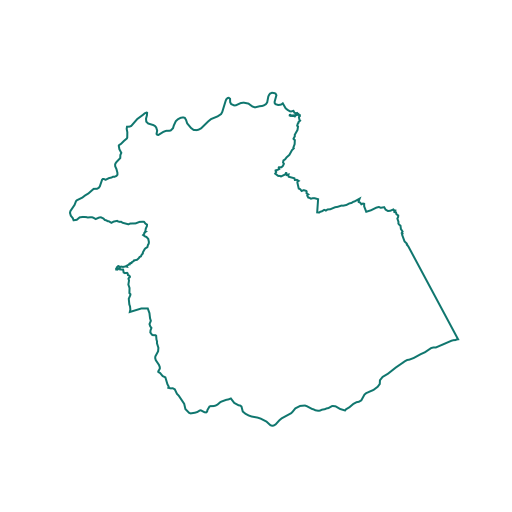 outline of Trujillo, Valle del Cauca, Colombia, rotated 242°
{"feature_id": "7082276B51151260265899", "entity_name": "Trujillo", "entity_type": "district", "adm_level": 2, "iso_a3": "COL", "parent_name": "Colombia", "parent_adm1": "Valle del Cauca", "projection": "equal_earth", "projection_center": [-76.307, 4.233], "detail": "fine", "context": "isolated", "style": "outline", "palette": "teal", "viewbox_px": 512, "rotation_deg": 242, "n_neighbors": 0, "source": "geoboundaries", "source_scale": "gbopen_adm2", "svg_char_len": 6118}
<svg xmlns="http://www.w3.org/2000/svg" viewBox="0 0 512 512"><g transform="rotate(242 256 256)"><path d="M399.0,293.8L397.7,291.8L397.3,287.7L398.0,280.6L397.3,277.1L394.5,267.5L394.5,264.6L395.0,262.7L396.6,260.1L399.6,258.7L405.4,257.5L408.9,258.1L411.4,258.0L412.6,256.7L413.4,254.3L413.4,251.2L412.7,248.5L409.9,244.8L407.8,242.7L406.9,239.8L407.1,238.6L408.6,235.7L408.9,234.2L409.1,232.4L408.7,226.6L409.4,225.7L410.5,225.5L413.1,227.6L416.3,228.2L418.0,227.9L419.7,226.9L423.6,223.0L426.1,222.2L428.8,223.3L431.4,225.7L433.6,227.1L434.0,226.8L434.2,224.7L433.7,222.5L432.7,215.5L429.4,206.9L429.6,205.1L430.7,202.8L429.0,201.5L425.7,200.5L421.0,197.9L420.4,197.1L419.6,193.4L418.4,189.5L418.2,187.2L417.8,186.6L414.4,185.5L410.3,185.5L408.9,183.7L406.2,182.1L404.5,177.0L403.7,175.4L403.0,174.6L401.3,173.8L398.3,173.6L394.5,172.7L392.8,171.8L392.2,170.3L392.3,169.3L392.4,168.1L393.1,167.1L393.1,165.3L393.8,162.8L393.9,159.0L395.4,157.8L395.9,156.9L395.6,155.9L390.8,150.8L390.0,149.1L390.0,147.1L391.5,144.2L389.9,137.4L389.7,133.5L389.1,130.1L389.3,123.9L388.9,122.8L386.3,119.8L382.8,113.2L381.4,112.0L378.5,111.4L375.4,112.0L373.2,111.7L372.1,114.7L372.9,118.4L371.8,121.4L370.1,124.3L369.0,125.5L368.0,127.9L367.1,129.5L366.1,130.4L363.9,131.8L363.6,135.6L363.0,137.2L360.7,138.9L358.8,139.4L357.5,140.8L356.5,141.2L355.8,142.3L353.2,143.9L353.2,146.5L352.2,149.9L351.4,150.3L350.1,151.7L349.6,152.9L348.0,153.8L343.9,158.2L343.7,160.2L341.3,165.0L340.8,169.2L339.2,172.5L338.7,173.2L336.4,173.6L334.9,174.5L333.6,173.7L331.9,171.5L329.8,169.9L329.3,169.1L329.1,169.5L328.8,168.2L328.0,167.7L327.5,166.2L325.1,167.4L324.3,168.2L321.7,168.9L318.6,168.0L317.2,167.0L316.6,165.9L314.8,164.2L314.7,162.0L314.3,160.9L312.3,157.8L311.3,157.2L310.9,155.8L309.7,154.2L309.8,152.8L309.1,151.5L308.5,149.1L309.4,146.2L308.9,145.6L308.8,143.4L308.2,142.7L308.7,141.8L308.0,140.7L308.5,140.4L308.1,139.6L308.1,137.2L307.1,137.1L308.0,136.0L308.8,133.4L310.0,131.9L310.0,131.0L310.8,130.1L311.6,130.0L311.8,129.6L311.3,127.8L310.6,127.5L310.5,126.6L309.7,126.2L309.0,127.3L309.3,128.7L308.8,129.9L307.9,129.7L306.4,132.3L303.6,131.4L302.5,132.1L301.6,134.3L300.9,134.5L299.3,134.0L298.1,134.9L297.0,135.0L296.5,134.6L296.3,133.4L295.8,132.7L294.0,132.4L290.7,129.9L287.1,129.3L282.7,126.8L281.2,127.2L280.3,126.5L278.0,123.6L272.7,121.4L270.6,121.1L267.7,119.9L265.8,118.3L263.5,130.1L260.5,135.8L255.6,135.1L250.7,133.2L248.1,132.7L245.9,130.0L243.5,129.6L241.6,129.9L239.9,128.0L238.1,126.8L235.3,127.2L234.6,127.7L233.2,130.1L232.5,130.4L229.0,128.9L227.0,128.5L225.5,127.6L220.7,126.7L217.8,124.8L214.6,120.0L213.3,119.1L211.1,118.6L205.4,119.2L203.1,118.9L201.7,118.2L200.0,115.5L199.4,115.3L197.7,116.4L193.8,117.2L191.4,119.0L184.4,117.6L181.7,117.6L180.8,116.7L179.2,118.5L178.3,120.4L176.4,121.7L171.4,121.5L169.0,122.2L159.2,123.2L154.0,121.8L148.9,123.3L147.7,124.4L146.3,128.5L145.8,131.0L146.0,133.7L145.7,134.8L142.2,137.2L141.3,138.5L141.6,139.8L142.8,140.8L144.9,144.2L144.8,145.3L143.4,148.1L142.9,150.1L142.9,152.3L143.7,155.8L143.7,157.0L143.0,162.1L142.3,164.4L142.0,166.9L136.5,167.8L132.4,170.5L131.3,171.9L129.9,172.5L124.9,171.3L121.7,172.6L118.7,174.6L116.4,176.7L112.6,181.5L110.2,183.8L104.9,187.5L99.8,189.3L98.5,190.6L98.0,192.0L98.1,194.3L100.0,199.6L100.6,202.5L100.7,213.3L101.3,215.2L103.0,219.2L102.9,224.6L101.0,229.0L99.5,230.4L94.6,233.7L93.6,234.8L91.9,236.0L90.2,238.2L89.5,239.7L89.3,242.2L88.4,244.9L88.3,246.7L87.7,248.6L87.8,252.5L87.5,253.4L85.9,255.7L81.5,258.4L77.8,262.1L78.4,263.5L78.6,267.5L79.7,272.5L79.7,276.2L79.0,278.3L79.1,281.2L82.7,286.7L83.2,289.0L82.6,297.0L83.4,302.0L84.9,305.2L88.1,307.1L89.8,311.0L90.1,317.2L91.9,327.1L93.2,338.3L93.2,340.7L92.5,342.7L91.9,347.4L92.0,355.3L91.7,360.0L92.5,367.5L91.9,369.8L90.8,371.8L89.4,389.0L88.9,391.0L88.1,392.7L88.1,393.9L87.6,395.3L193.1,395.0L195.1,394.5L195.3,394.9L196.4,394.9L199.1,394.0L206.3,395.0L207.0,395.9L207.9,395.5L208.8,396.9L211.8,396.6L214.9,397.8L216.9,397.0L217.9,397.0L219.2,397.8L222.7,398.4L223.7,399.8L225.0,400.6L227.0,399.6L228.8,400.1L229.8,398.8L230.4,399.0L230.9,400.2L231.9,399.1L232.6,399.1L232.9,395.8L233.8,393.6L236.1,392.2L238.9,392.1L240.0,388.8L241.6,387.5L242.2,385.0L242.4,378.9L243.3,374.1L249.0,374.8L251.3,376.0L252.1,375.1L252.2,373.3L254.1,373.1L255.5,372.0L256.1,372.2L258.0,374.4L257.9,368.7L258.2,367.3L258.0,365.3L258.6,363.1L258.6,359.8L259.5,356.6L260.4,355.1L261.1,351.1L261.9,348.8L262.4,343.5L263.5,341.0L263.3,339.0L264.4,338.3L264.7,337.8L264.5,335.3L264.9,333.5L264.7,332.2L265.8,330.5L277.0,337.5L279.5,334.9L280.4,333.2L280.8,331.4L282.3,330.5L283.0,329.6L285.3,329.6L285.9,330.2L285.9,331.0L287.7,330.1L289.2,331.0L289.8,331.0L291.7,329.1L292.0,326.8L294.2,326.4L295.5,325.4L301.4,327.0L302.2,327.6L302.3,328.9L304.0,327.9L304.9,326.0L306.6,326.4L310.6,322.1L311.7,322.2L312.7,323.0L313.1,321.1L315.0,321.7L315.2,321.3L314.3,320.2L314.5,315.4L315.4,314.8L316.3,313.2L319.7,311.6L320.7,313.3L322.0,313.2L322.4,313.5L321.9,315.7L321.9,317.4L323.3,317.5L323.6,317.9L322.4,320.1L322.9,322.0L324.3,323.9L325.9,323.8L327.5,325.1L327.7,327.2L328.7,329.2L329.6,332.9L332.6,337.5L333.3,339.9L334.2,339.9L336.6,342.6L340.1,344.7L341.5,344.1L342.0,344.2L343.5,346.5L344.8,347.1L347.8,351.8L350.6,353.9L351.7,353.5L353.4,355.2L353.6,356.0L354.3,356.4L354.8,358.5L355.8,358.3L358.3,359.0L358.6,359.2L359.0,360.5L359.9,360.8L360.6,359.7L361.3,360.0L361.5,356.8L361.0,355.8L361.9,355.1L363.4,352.3L364.2,351.7L364.7,352.1L364.6,352.5L364.0,352.6L362.8,354.5L362.1,356.3L361.6,359.1L361.9,359.1L361.9,359.7L363.0,359.5L363.3,358.3L364.4,357.2L366.6,357.2L367.0,355.3L367.7,354.0L370.1,352.5L372.5,351.5L378.2,351.3L377.9,349.6L378.2,348.3L378.9,346.5L380.9,344.5L382.4,344.3L383.5,344.9L388.4,349.5L390.2,349.5L391.0,348.9L392.6,346.8L392.8,344.6L392.1,343.2L391.1,341.8L386.4,338.0L385.4,336.0L385.3,333.5L385.6,331.8L386.5,329.6L387.7,324.9L389.7,323.0L394.1,320.9L397.2,317.1L398.2,314.3L398.5,309.0L399.2,307.4L401.8,305.4L403.9,305.4L407.0,306.9L408.5,306.2L408.8,305.1L408.3,303.3L407.1,301.9L399.0,293.8Z" fill="none" stroke="#0f766e" stroke-width="2"/></g></svg>